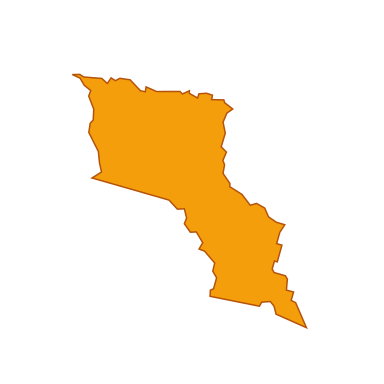 outline of Yuba, California, United States of America, rotated 106°
{"feature_id": "52423323B63323326586067", "entity_name": "Yuba", "entity_type": "district", "adm_level": 2, "iso_a3": "USA", "parent_name": "United States of America", "parent_adm1": "California", "projection": "orthographic", "projection_center": [-121.36, 39.279], "detail": "fine", "context": "isolated", "style": "filled", "palette": "amber", "viewbox_px": 384, "rotation_deg": 106, "n_neighbors": 0, "source": "geoboundaries", "source_scale": "gbopen_adm2", "svg_char_len": 1221}
<svg xmlns="http://www.w3.org/2000/svg" viewBox="0 0 384 384"><g transform="rotate(106 192 192)"><path d="M290.9,44.6L269.8,61.9L268.9,66.8L260.1,66.8L260.3,74.2L249.5,76.3L246.8,79.1L246.8,90.9L243.9,93.7L235.6,93.7L235.7,90.8L218.3,90.9L218.3,96.4L206.7,96.5L197.9,93.8L197.8,102.7L194.8,111.6L187.4,117.7L185.2,126.8L188.7,132.4L180.6,143.2L176.5,157.1L173.4,157.9L165.6,167.3L156.9,168.2L153.1,171.0L144.2,169.9L140.5,176.4L126.3,176.2L116.3,181.4L106.5,180.2L101.0,175.7L97.2,185.2L94.7,186.8L97.8,198.6L93.3,199.0L93.1,205.4L95.7,212.4L100.1,212.5L97.9,221.8L95.4,222.4L100.4,228.2L98.7,231.3L105.2,253.8L103.6,265.1L108.5,264.5L108.9,269.4L101.2,282.4L102.6,292.7L106.1,296.3L104.6,301.2L111.0,303.3L107.7,310.0L111.3,327.8L109.9,332.3L112.1,339.4L113.4,331.0L119.1,325.0L122.4,317.3L128.3,317.7L139.4,309.3L150.0,306.8L154.0,308.8L163.2,307.6L178.8,293.2L189.4,289.0L197.7,284.5L206.1,292.0L206.1,211.9L212.5,201.3L210.3,194.7L218.5,190.0L224.6,190.6L231.1,182.5L229.2,176.8L237.8,167.7L244.9,169.5L245.4,163.6L254.0,150.6L262.4,150.2L267.7,144.7L279.1,144.6L281.3,147.3L287.3,145.9L283.2,95.7L278.7,94.7L275.7,86.5L279.1,81.7L286.3,77.5L290.9,44.6Z" fill="#f59e0b" stroke="#b45309" stroke-width="1.5"/></g></svg>